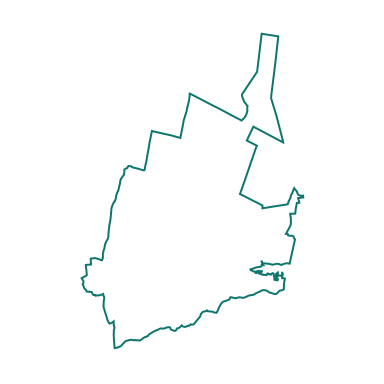 Racoviteni, Buzau, Romania, rotated 250°
{"feature_id": "2599482B64050799943306", "entity_name": "Racoviteni", "entity_type": "district", "adm_level": 2, "iso_a3": "ROU", "parent_name": "Romania", "parent_adm1": "Buzau", "projection": "orthographic", "projection_center": [26.904, 45.34], "detail": "fine", "context": "isolated", "style": "outline", "palette": "teal", "viewbox_px": 384, "rotation_deg": 250, "n_neighbors": 0, "source": "geoboundaries", "source_scale": "gbopen_adm2", "svg_char_len": 5736}
<svg xmlns="http://www.w3.org/2000/svg" viewBox="0 0 384 384"><g transform="rotate(250 192 192)"><path d="M316.9,311.6L282.7,294.3L267.1,273.0L266.9,272.6L265.7,272.0L262.2,271.7L260.7,271.9L259.3,271.8L255.8,273.0L254.4,273.2L254.1,273.6L253.7,273.6L252.4,272.8L249.2,271.7L246.4,269.7L245.0,268.2L244.2,267.1L243.5,266.0L243.1,265.0L242.5,263.7L242.2,263.1L249.0,256.8L261.6,245.5L266.2,241.1L285.3,223.6L285.0,223.2L283.3,222.7L278.4,220.3L277.5,219.4L275.9,218.5L274.0,217.1L271.7,215.6L270.5,215.1L262.0,208.6L256.2,205.3L246.8,199.5L252.6,191.4L257.2,184.1L263.0,175.2L259.8,173.2L257.1,171.6L253.3,169.2L247.3,165.9L241.8,162.6L236.4,159.6L233.3,157.5L229.6,155.4L228.9,154.9L228.7,154.5L228.8,154.1L233.0,148.3L234.3,146.4L235.0,145.2L235.8,144.3L236.5,144.1L237.9,142.0L238.1,141.3L238.1,140.9L237.6,140.3L236.7,139.4L236.6,139.0L236.7,138.3L236.3,136.2L233.8,135.2L232.8,134.7L232.2,134.1L231.3,133.8L231.0,133.1L230.1,132.0L228.8,129.9L227.5,128.8L226.5,128.1L225.5,127.7L223.7,126.7L223.6,126.4L219.6,123.9L214.7,119.6L211.7,118.0L209.6,116.2L209.7,115.8L207.5,113.4L205.3,111.5L203.2,110.2L201.8,109.7L200.2,108.8L199.7,108.7L193.7,105.8L189.4,103.2L183.1,100.0L180.2,98.7L179.3,98.5L178.1,97.8L176.4,96.5L175.0,94.7L172.9,92.7L172.6,92.7L171.3,91.7L168.7,90.2L167.3,88.8L166.3,88.4L165.3,87.7L164.9,87.3L162.0,86.3L160.5,85.6L160.5,85.4L158.9,84.5L158.7,83.9L158.8,83.7L160.8,81.4L162.8,78.8L163.2,77.7L164.0,74.0L158.4,72.3L159.4,68.8L159.7,67.2L154.2,65.9L150.1,64.8L149.8,64.6L149.6,64.3L148.8,58.8L145.3,59.5L143.3,58.5L142.9,57.8L142.3,57.7L141.3,57.9L137.9,57.9L136.4,58.9L134.4,59.0L134.2,59.5L133.3,61.6L133.0,61.8L132.7,62.7L132.1,63.6L130.8,63.6L130.1,63.8L129.5,63.9L129.0,64.1L128.8,64.5L128.4,65.6L128.1,65.4L127.5,65.9L127.4,66.9L126.6,69.5L126.5,70.6L126.6,71.5L126.3,72.4L126.5,73.6L124.0,73.4L123.4,73.6L122.2,73.2L118.5,71.2L116.2,70.4L115.5,69.8L115.1,69.9L113.7,69.5L100.2,68.8L98.5,69.1L98.0,69.0L96.5,69.6L96.5,71.7L96.6,72.4L97.2,74.1L93.1,72.8L91.9,73.0L91.6,73.0L90.9,72.5L90.3,72.4L89.8,72.0L89.3,71.5L84.1,69.4L72.0,65.9L71.8,65.9L71.3,68.6L71.3,70.2L71.5,71.4L71.4,71.8L71.5,72.3L74.5,78.3L74.6,78.6L74.6,79.2L74.2,83.1L73.7,84.9L72.5,86.6L72.4,87.8L71.7,88.9L71.1,90.7L70.4,91.9L70.3,92.7L71.1,95.3L71.7,97.7L71.7,98.8L71.6,99.2L71.8,100.1L71.7,101.2L72.6,102.3L73.0,103.5L73.4,105.6L73.8,107.1L74.1,109.3L74.2,112.7L74.5,114.7L74.4,116.3L74.3,116.7L73.6,117.8L73.3,118.7L73.3,122.0L73.1,123.2L72.9,124.0L72.2,125.1L70.2,125.1L69.8,125.3L69.4,125.7L68.3,127.1L67.6,127.9L67.3,129.0L67.4,129.5L68.7,131.0L68.9,131.4L68.8,132.4L68.9,134.2L69.4,135.0L70.2,136.7L69.2,137.1L68.5,137.8L67.5,139.5L67.5,140.6L67.7,141.6L67.6,141.9L67.6,142.6L67.3,143.6L67.5,143.8L67.4,144.1L67.6,144.4L67.7,145.1L68.0,145.5L67.8,145.6L67.5,146.3L67.3,147.1L67.1,147.6L67.1,148.3L67.1,148.5L69.4,152.2L72.2,157.0L73.3,158.0L73.8,158.2L74.3,158.6L75.6,161.0L75.6,162.2L75.2,164.5L75.7,165.4L75.7,165.6L75.4,165.8L74.6,166.0L72.2,170.9L71.2,171.6L70.7,172.5L70.2,173.7L70.4,174.2L71.7,175.5L74.4,178.1L76.1,180.0L76.8,180.8L77.5,182.1L78.1,182.9L78.3,184.0L78.1,186.4L78.2,187.5L78.1,188.6L78.3,190.1L78.4,190.6L79.6,191.7L79.9,192.3L79.8,192.7L77.5,196.1L77.2,196.9L77.0,199.9L76.6,201.0L75.3,203.4L75.0,204.0L74.9,204.6L75.0,207.6L75.2,209.0L75.2,209.7L75.1,211.4L74.4,214.4L74.5,215.5L75.0,217.4L75.2,221.5L75.6,223.8L75.6,224.5L75.5,225.1L74.7,227.1L74.3,227.8L73.0,229.1L71.3,230.2L70.8,230.7L69.8,232.3L68.3,234.1L67.8,234.9L67.4,235.9L67.6,237.0L69.1,240.1L69.3,241.0L68.9,242.7L68.8,243.5L69.1,244.1L69.1,244.9L72.2,246.3L72.9,246.6L73.6,246.6L74.2,246.9L74.7,247.4L75.5,247.8L76.7,248.3L77.7,249.1L79.0,249.7L80.2,247.2L81.6,248.0L82.7,248.1L83.0,248.8L84.5,249.5L85.3,249.1L85.2,248.9L84.2,248.7L83.4,248.3L82.9,247.8L82.6,247.7L82.6,247.1L83.3,246.3L83.9,244.8L84.3,244.1L85.5,244.6L86.1,244.9L87.0,245.1L86.6,244.0L86.5,243.8L86.3,244.2L85.8,244.1L85.7,244.2L85.2,244.1L83.7,243.5L83.1,243.3L83.0,243.2L83.3,242.4L83.7,242.3L84.5,242.6L86.3,243.5L85.5,242.5L81.7,240.8L80.8,242.9L80.3,242.7L80.1,242.5L80.3,241.7L80.0,241.7L80.5,240.8L80.8,240.1L81.5,239.4L84.0,240.6L84.2,240.2L86.5,240.4L87.6,240.8L88.1,240.1L88.1,239.5L88.0,238.2L87.4,237.8L88.0,236.7L88.7,236.4L88.8,235.6L89.5,235.4L89.5,234.8L89.3,234.4L88.4,233.7L89.9,230.4L90.1,230.6L90.9,229.3L92.2,227.5L92.9,228.5L93.2,230.3L93.6,230.5L93.6,229.4L94.1,229.2L93.4,228.3L92.9,227.1L93.1,227.0L93.6,228.1L94.2,228.9L94.5,229.3L93.7,226.7L93.8,226.3L94.4,226.1L95.2,226.8L95.3,225.7L94.6,225.6L94.0,225.2L93.8,224.6L94.1,224.1L94.7,224.4L95.1,225.1L96.5,222.3L96.9,222.0L97.6,221.7L98.1,220.8L98.8,220.4L99.2,220.4L99.5,220.6L99.0,222.5L99.3,225.5L98.5,230.1L98.3,231.6L98.3,231.8L98.5,231.9L99.7,232.5L98.9,234.0L99.3,233.9L100.3,233.6L102.9,233.6L102.9,233.9L101.0,233.9L98.2,239.7L96.0,243.0L95.7,246.4L94.9,248.7L92.9,250.9L93.1,253.0L92.7,256.5L91.3,259.3L92.5,260.0L112.3,272.6L112.5,272.4L113.1,272.2L113.9,272.1L114.9,272.3L115.4,272.2L116.1,271.8L116.8,270.9L117.0,270.1L118.0,267.8L118.3,267.5L119.8,267.6L120.1,267.2L120.4,266.0L120.5,266.1L122.7,268.4L124.5,270.6L127.6,273.7L128.6,274.2L130.6,274.8L132.5,275.6L137.9,276.8L136.9,279.9L136.4,281.6L140.8,283.8L145.8,286.8L145.2,289.2L145.7,289.3L150.0,289.6L148.8,294.7L150.6,295.1L150.9,294.2L151.4,292.7L152.2,291.7L153.3,290.8L153.8,290.7L157.1,290.7L159.0,289.7L160.7,289.4L160.4,289.0L157.4,286.4L156.5,285.7L155.7,284.6L155.0,283.9L152.5,282.2L151.4,281.1L150.8,280.3L150.2,279.6L148.5,278.5L147.7,277.7L151.0,260.9L152.6,252.6L155.2,253.6L155.6,253.3L173.7,236.4L184.5,245.3L211.0,266.7L213.3,268.8L221.6,261.1L232.4,272.0L207.4,294.6L208.8,294.9L233.4,297.3L252.8,298.4L254.8,299.1L284.7,314.4L308.7,326.3L316.9,311.6Z" fill="none" stroke="#0f766e" stroke-width="2"/></g></svg>